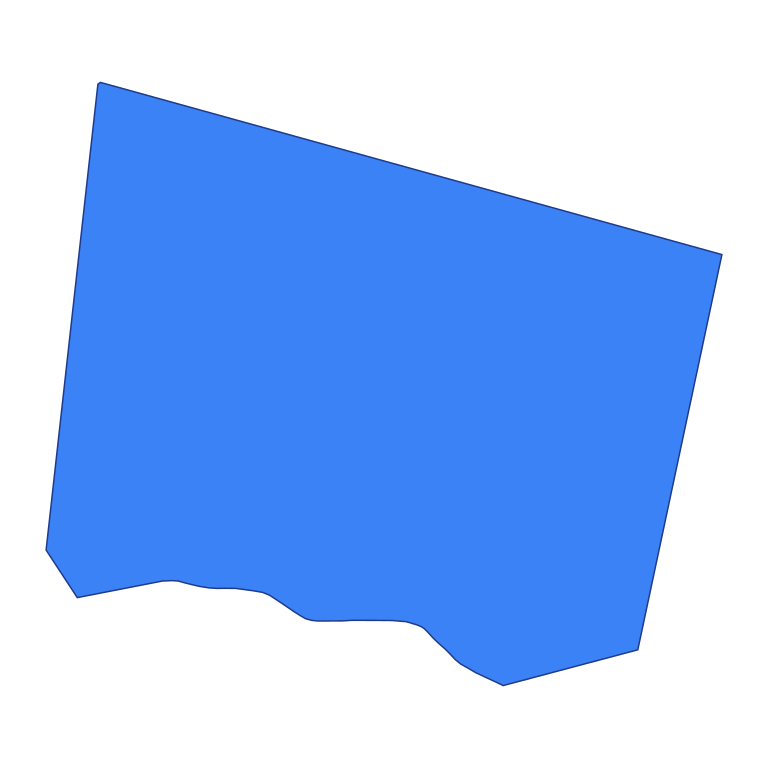 outline of Fond Capeche, Vieux Fort, Saint Lucia
{"feature_id": "8701671B47563764529661", "entity_name": "Fond Capeche", "entity_type": "district", "adm_level": 2, "iso_a3": "LCA", "parent_name": "Saint Lucia", "parent_adm1": "Vieux Fort", "projection": "robinson", "projection_center": [-60.949, 13.775], "detail": "fine", "context": "isolated", "style": "filled", "palette": "blue", "viewbox_px": 768, "rotation_deg": 0, "n_neighbors": 0, "source": "geoboundaries", "source_scale": "gbopen_adm2", "svg_char_len": 712}
<svg xmlns="http://www.w3.org/2000/svg" viewBox="0 0 768 768"><path d="M100.4,82.4L99.1,83.4L97.9,84.2L46.1,550.1L77.3,597.6L163.1,580.9L166.2,580.9L171.4,580.6L178.1,581.0L185.3,583.0L192.2,584.7L199.6,586.4L209.1,587.9L217.0,588.4L224.9,588.3L235.8,588.4L252.8,590.7L262.7,592.4L269.5,595.2L277.0,600.1L286.2,606.3L294.5,612.0L300.6,615.8L305.6,618.7L311.8,620.4L317.9,621.0L342.4,620.9L352.2,620.3L378.4,620.4L392.2,620.5L406.3,621.7L417.0,624.9L421.1,626.6L424.0,628.4L428.1,632.5L433.3,638.2L438.4,643.1L445.4,649.3L449.8,653.7L455.4,659.7L460.8,664.1L467.8,668.0L475.6,672.6L486.7,677.8L501.9,684.9L503.0,685.6L637.8,649.8L721.9,254.6L100.4,82.4Z" fill="#3b82f6" stroke="#1e3a8a" stroke-width="1.5"/></svg>